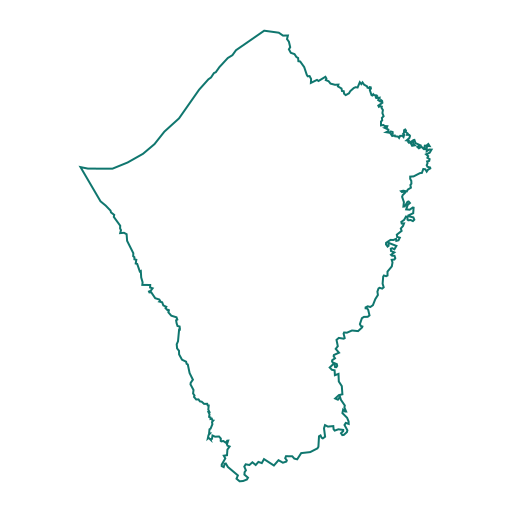 the district of Khon Sawan, Chaiyaphum, Thailand
{"feature_id": "78962969B35763800993101", "entity_name": "Khon Sawan", "entity_type": "district", "adm_level": 2, "iso_a3": "THA", "parent_name": "Thailand", "parent_adm1": "Chaiyaphum", "projection": "mercator", "projection_center": [102.296, 15.922], "detail": "fine", "context": "isolated", "style": "outline", "palette": "teal", "viewbox_px": 512, "rotation_deg": 0, "n_neighbors": 0, "source": "geoboundaries", "source_scale": "gbopen_adm2", "svg_char_len": 6055}
<svg xmlns="http://www.w3.org/2000/svg" viewBox="0 0 512 512"><path d="M80.5,167.1L100.5,201.3L105.7,205.6L110.5,210.6L111.0,212.4L114.2,214.9L113.8,216.9L120.2,225.7L120.1,228.5L121.0,230.1L120.2,233.1L124.0,232.8L126.6,234.2L127.1,240.8L133.3,253.2L133.2,256.2L134.4,257.2L134.4,259.3L136.3,259.8L135.7,263.5L137.2,263.9L139.8,271.5L140.8,271.0L141.2,277.5L142.6,282.3L142.3,284.9L150.2,285.0L150.1,287.5L152.6,288.3L150.7,290.8L149.0,291.5L149.4,292.4L151.3,292.4L155.2,298.2L159.3,299.5L160.2,301.0L159.5,301.6L162.2,302.3L163.3,305.4L166.3,306.8L165.5,308.1L167.3,310.0L167.0,310.7L168.0,309.8L168.9,310.2L168.4,312.4L171.3,315.7L176.5,317.3L177.3,319.6L176.1,320.3L176.6,323.2L177.5,326.0L179.6,326.5L179.9,328.8L179.8,329.7L179.1,329.6L178.0,341.3L176.7,344.3L177.1,348.4L179.0,350.8L179.1,354.4L182.0,359.7L186.1,361.7L186.6,363.8L187.8,364.5L189.6,373.1L192.9,379.7L190.7,382.8L190.5,384.4L193.5,390.0L193.1,393.5L194.5,395.5L194.0,396.9L196.2,399.5L198.5,399.4L199.9,401.4L201.7,401.7L204.1,403.9L207.2,403.8L207.7,405.4L208.7,405.5L208.3,409.6L209.4,411.9L208.4,412.0L209.5,414.3L209.1,416.9L210.5,417.5L210.5,419.0L211.8,418.7L212.4,420.5L213.2,420.6L212.0,422.1L212.4,424.2L210.6,428.6L209.5,429.3L209.1,433.2L210.1,433.3L208.5,435.1L207.8,438.5L208.6,437.8L210.7,439.8L210.5,439.1L212.0,438.8L212.5,435.5L215.1,436.7L219.0,436.5L220.8,438.5L220.7,440.9L221.4,441.4L223.3,441.0L225.8,442.7L227.2,440.7L228.2,440.6L226.9,444.4L227.5,445.7L229.6,446.5L227.4,449.6L227.0,455.2L223.8,455.7L225.3,458.4L221.7,464.6L221.7,466.1L223.7,467.1L224.7,463.7L225.8,463.5L227.9,467.0L237.9,475.4L236.5,478.7L239.6,481.3L243.1,481.0L246.9,479.5L248.0,477.7L244.4,474.6L244.6,472.2L245.9,470.3L244.3,466.6L245.7,464.3L249.4,465.0L252.4,462.3L255.7,465.0L258.4,461.9L261.8,463.1L264.0,459.1L273.9,465.5L278.5,460.2L282.9,462.7L286.3,461.6L286.8,460.4L285.2,458.2L286.0,456.2L292.3,456.3L294.3,458.6L297.2,459.3L301.2,453.1L310.2,452.1L317.4,448.4L318.4,446.8L319.0,436.3L320.5,435.4L321.6,437.7L322.8,438.4L325.1,436.7L324.0,428.3L325.0,425.1L327.9,426.6L333.3,426.1L333.6,429.2L334.7,430.6L338.4,429.3L343.2,429.9L343.2,431.1L341.0,433.2L342.3,435.1L343.8,434.9L346.9,432.1L347.4,430.3L344.5,425.0L345.8,422.9L348.7,423.9L348.6,421.5L347.1,417.8L342.4,413.1L343.1,409.7L345.0,411.5L346.1,411.5L344.4,407.5L344.8,405.5L340.9,399.8L340.0,396.9L337.9,399.7L335.2,398.5L338.9,395.1L342.4,394.3L341.8,386.1L338.8,381.5L338.5,373.9L334.9,375.2L334.6,370.3L331.9,369.8L329.7,367.5L333.6,363.8L334.7,364.9L335.1,367.1L336.3,367.2L337.2,365.9L336.8,364.1L332.6,362.4L332.0,361.2L332.3,360.1L335.0,358.3L333.6,356.1L333.9,355.0L339.0,352.7L335.7,348.9L337.8,346.2L336.5,339.9L338.8,337.9L343.7,338.7L344.7,338.1L343.6,333.7L344.1,332.5L346.9,332.7L352.0,330.5L358.1,331.1L362.1,327.4L362.4,326.5L360.8,325.9L359.9,324.1L361.9,318.2L363.9,316.9L367.7,316.8L369.5,315.4L368.2,309.9L367.2,308.5L365.6,308.3L365.6,307.4L367.7,306.3L370.3,307.0L372.9,305.2L375.3,299.1L377.9,295.0L377.4,291.6L378.5,288.5L379.5,287.8L382.2,288.6L383.7,287.3L382.6,283.7L383.2,276.6L383.9,275.5L386.1,276.2L387.5,275.5L387.5,271.6L391.8,266.4L392.5,262.5L391.7,259.8L394.4,259.5L395.3,258.2L394.5,255.8L392.0,255.7L391.0,254.8L394.3,252.4L391.0,251.0L390.8,248.7L392.2,248.2L394.4,249.3L396.4,245.9L389.2,243.1L388.5,243.5L388.6,245.8L387.6,246.6L386.0,244.4L386.1,242.8L390.5,239.9L393.4,240.0L396.0,238.9L396.3,240.9L398.5,240.3L399.8,237.7L397.2,236.9L396.8,234.7L401.6,230.9L400.8,228.5L403.0,226.0L404.0,223.4L401.7,223.5L401.3,221.9L404.1,219.9L406.0,216.5L407.5,217.0L407.5,219.6L408.3,220.3L410.6,220.0L412.9,221.1L414.3,219.7L413.4,217.4L409.3,216.4L408.5,215.4L413.2,213.2L413.6,207.7L412.8,207.5L409.7,209.7L406.2,209.4L407.7,204.9L409.9,203.0L408.6,201.5L407.5,201.8L404.7,206.4L403.4,206.6L403.9,202.1L402.1,196.8L402.7,195.1L405.1,192.7L404.3,191.6L401.9,192.0L401.1,191.2L403.3,190.7L406.8,191.4L407.8,189.6L410.9,187.7L410.4,185.0L411.4,183.7L411.3,180.9L410.2,178.9L410.2,176.6L413.6,176.4L420.0,173.1L421.9,172.9L423.3,169.0L425.3,169.3L426.7,171.6L428.0,169.7L430.3,168.4L430.1,167.5L427.5,166.8L426.7,165.2L427.6,163.0L427.1,161.4L429.2,160.9L429.6,159.1L427.4,157.8L428.2,156.1L426.1,154.3L429.7,152.7L431.5,149.6L429.2,149.5L426.7,151.2L426.8,146.9L428.0,146.0L429.6,146.1L428.3,144.0L426.3,145.7L424.8,145.7L424.4,147.4L425.5,149.1L423.8,149.1L421.5,146.8L418.9,148.3L417.4,146.9L420.1,145.2L415.5,143.1L414.4,139.9L413.4,140.1L412.9,141.7L413.3,143.8L414.8,145.3L412.1,145.8L410.9,143.5L411.3,141.5L409.0,142.8L408.2,141.9L408.7,140.7L406.6,140.4L409.4,138.0L410.0,135.9L409.3,134.9L407.0,134.8L407.7,133.5L405.6,131.9L406.0,130.6L405.2,129.5L404.1,130.2L404.0,132.7L403.1,133.9L404.2,134.7L403.5,137.0L402.5,135.9L400.1,135.9L399.1,137.9L398.1,136.6L395.1,136.3L394.8,135.5L392.2,136.0L391.0,134.2L392.7,133.7L392.6,132.0L390.8,131.5L389.7,132.8L386.2,132.2L388.4,131.1L388.4,129.6L384.8,127.9L386.9,127.3L387.3,126.2L384.6,126.0L383.4,125.0L381.0,125.4L381.0,121.5L382.2,120.4L381.9,117.9L383.6,116.2L382.4,113.1L382.9,110.0L381.5,107.8L381.8,106.6L380.0,106.1L378.9,106.8L378.3,105.6L382.4,102.8L382.1,100.9L381.2,100.2L381.3,101.4L380.3,101.5L378.2,100.1L379.4,97.7L376.2,98.0L375.8,97.1L377.1,96.0L376.6,95.4L374.2,95.2L373.3,94.2L372.3,95.5L371.5,95.1L369.8,90.0L370.9,88.6L370.7,87.3L369.7,87.1L369.1,88.1L367.5,87.7L367.1,86.4L364.0,84.6L362.5,82.4L361.3,84.1L359.8,82.2L357.6,87.5L355.6,87.2L353.8,88.0L350.2,91.2L349.0,93.3L345.7,95.1L344.1,93.7L343.7,91.2L342.0,91.0L341.5,88.5L337.9,86.4L338.4,84.6L335.0,84.8L330.5,83.6L328.6,81.2L325.8,80.1L326.4,78.5L325.4,76.8L318.5,81.0L317.0,79.9L310.9,82.9L311.1,79.0L309.6,76.1L307.7,76.3L306.8,74.9L304.2,67.1L300.2,61.5L298.4,61.2L298.1,58.0L296.4,57.0L294.5,54.1L290.8,52.8L288.9,49.3L290.2,47.2L288.9,41.7L287.0,39.1L287.9,35.5L283.0,35.6L278.8,32.7L264.2,30.7L236.0,50.2L232.4,55.2L227.8,58.0L219.4,67.1L215.8,72.2L213.9,73.1L211.0,77.5L208.4,79.3L199.1,89.7L179.0,118.4L164.4,131.6L154.5,144.1L143.0,153.8L127.6,162.5L112.4,168.7L87.9,168.6L80.5,167.1Z" fill="none" stroke="#0f766e" stroke-width="2"/></svg>